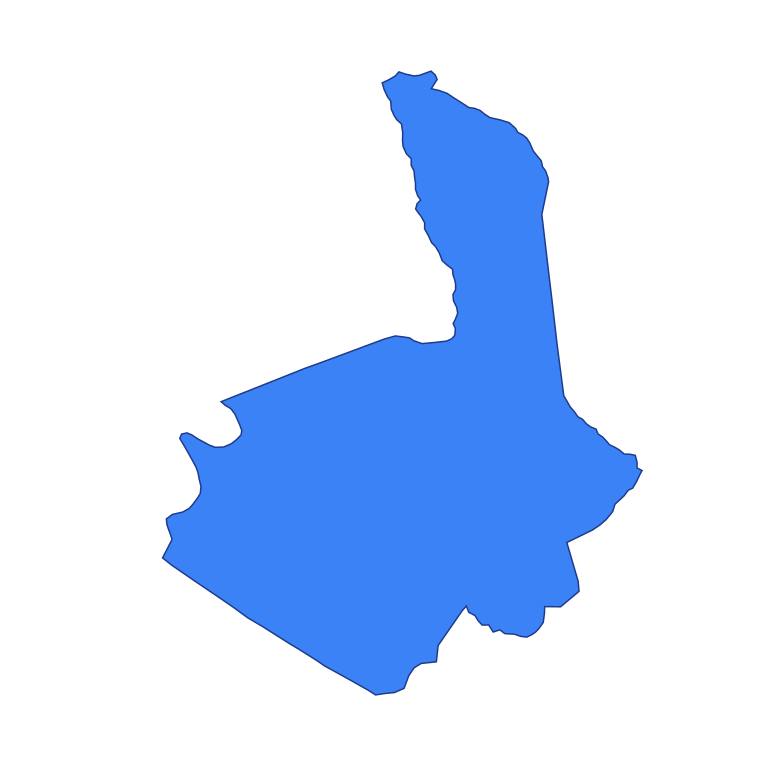 Iporã, Paraná, Brazil (Albers equal-area conic projection), rotated 82°
{"feature_id": "56859067B57368215324073", "entity_name": "Iporã", "entity_type": "district", "adm_level": 2, "iso_a3": "BRA", "parent_name": "Brazil", "parent_adm1": "Paraná", "projection": "albers", "projection_center": [-53.762, -24.059], "detail": "fine", "context": "isolated", "style": "filled", "palette": "blue", "viewbox_px": 768, "rotation_deg": 82, "n_neighbors": 0, "source": "geoboundaries", "source_scale": "gbopen_adm2", "svg_char_len": 2629}
<svg xmlns="http://www.w3.org/2000/svg" viewBox="0 0 768 768"><g transform="rotate(82 384 384)"><path d="M80.7,293.9L83.3,306.1L83.1,311.5L80.2,319.3L77.0,325.8L80.5,329.9L83.4,336.9L85.5,343.9L92.7,342.8L100.2,340.5L104.8,338.0L113.0,338.5L119.4,336.7L124.0,334.6L128.9,330.5L138.1,330.5L145.6,331.8L151.7,332.0L159.1,329.8L164.6,325.7L171.3,326.6L177.3,324.6L183.1,324.9L189.9,324.9L195.5,325.7L202.5,324.4L206.9,322.1L210.0,326.1L215.1,328.3L219.1,326.3L223.0,324.0L230.0,321.3L236.0,322.2L243.8,319.2L250.7,317.2L255.2,313.8L261.9,311.0L270.0,309.2L275.2,304.9L279.8,300.2L285.4,300.5L290.5,299.5L295.3,299.2L300.6,300.0L305.1,303.3L311.3,303.6L318.3,301.3L324.2,301.2L330.0,304.4L333.7,307.1L339.1,305.6L345.6,307.1L348.7,310.7L350.2,316.0L349.9,328.3L349.3,340.6L345.4,348.3L341.9,352.3L340.4,357.2L338.0,366.1L339.5,377.4L353.8,442.6L355.4,450.1L357.5,460.2L378.8,547.8L382.9,544.3L387.1,539.1L393.1,535.8L404.6,532.5L410.4,531.3L414.6,532.7L418.6,537.9L421.9,543.5L424.1,551.6L423.2,559.9L420.4,565.2L412.7,575.7L407.6,581.5L405.0,585.9L405.4,591.4L409.5,593.8L418.8,589.9L433.6,584.1L440.5,581.6L446.3,580.5L452.1,580.3L459.8,579.5L466.7,581.1L470.5,584.1L476.5,590.0L480.0,594.0L482.8,601.2L483.7,611.6L487.3,618.3L493.1,618.5L497.9,617.6L502.8,616.5L508.4,615.5L525.4,627.5L534.2,619.1L553.1,598.5L574.3,575.0L583.2,565.3L596.9,551.1L606.7,538.7L627.9,513.8L634.5,505.6L648.7,488.8L654.8,482.2L670.2,461.7L684.9,442.4L690.7,435.7L690.6,426.3L691.0,416.6L688.2,406.5L676.2,400.0L669.2,393.6L665.9,386.2L666.4,370.8L650.5,366.8L619.6,338.3L615.3,333.4L621.9,331.8L626.0,326.1L631.4,323.8L636.4,320.4L637.2,313.9L644.8,310.4L643.6,303.5L648.0,299.1L649.9,289.6L652.9,283.8L654.5,277.9L652.9,272.8L650.8,268.5L647.8,264.7L642.3,259.5L633.4,257.0L626.8,255.9L629.2,240.1L626.4,235.6L616.4,219.7L606.3,219.2L566.4,225.0L557.6,197.9L553.5,189.6L549.2,182.9L542.2,175.3L535.2,172.0L528.2,161.9L523.1,156.8L521.8,152.3L515.4,147.2L509.4,143.3L505.6,140.5L502.4,145.1L496.8,144.3L489.6,145.1L487.7,150.5L486.9,155.8L482.0,160.2L478.8,164.2L475.6,169.1L470.8,172.1L466.9,174.9L463.2,179.0L458.2,180.3L455.2,185.4L451.5,189.2L446.6,192.3L443.4,196.6L438.2,199.2L432.6,202.8L427.7,204.7L420.7,207.6L369.6,207.1L325.3,206.0L299.4,205.5L238.0,204.1L206.8,192.9L202.3,192.9L195.3,194.4L191.1,196.7L184.7,197.3L179.1,200.8L173.9,203.8L165.5,206.1L160.3,208.5L156.6,212.0L153.4,216.6L149.4,218.0L142.7,223.6L138.6,232.2L135.0,241.9L130.8,246.8L126.6,250.6L123.6,256.0L122.1,261.4L116.1,268.3L110.3,275.1L105.0,281.0L100.8,289.0L98.2,296.1L89.8,289.0L85.2,290.2L80.7,293.9Z" fill="#3b82f6" stroke="#1e3a8a" stroke-width="1.5"/></g></svg>